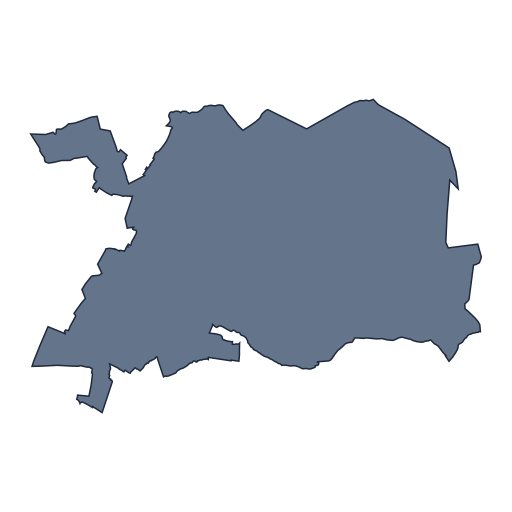 outline of Amecameca, México, Mexico
{"feature_id": "50627088B19477271407019", "entity_name": "Amecameca", "entity_type": "district", "adm_level": 2, "iso_a3": "MEX", "parent_name": "Mexico", "parent_adm1": "México", "projection": "orthographic", "projection_center": [-98.751, 19.12], "detail": "fine", "context": "isolated", "style": "filled", "palette": "slate", "viewbox_px": 512, "rotation_deg": 0, "n_neighbors": 0, "source": "geoboundaries", "source_scale": "gbopen_adm2", "svg_char_len": 6027}
<svg xmlns="http://www.w3.org/2000/svg" viewBox="0 0 512 512"><path d="M449.1,148.0L405.0,119.4L379.0,105.1L377.6,104.0L373.3,99.4L369.1,100.9L366.1,100.2L363.0,100.8L360.0,100.5L357.0,101.8L354.6,102.2L347.6,105.7L306.6,128.9L268.4,109.9L267.3,109.7L265.5,110.7L262.8,113.1L261.5,114.7L260.3,117.3L258.8,119.1L257.1,120.4L256.4,121.2L250.2,125.6L242.9,130.3L237.2,124.7L235.8,122.4L228.5,113.9L225.5,109.8L223.0,105.6L219.8,104.9L217.8,105.1L215.4,105.8L213.0,105.7L211.8,105.3L209.1,105.5L207.6,106.1L205.2,106.2L204.2,106.5L201.7,109.5L198.0,112.1L195.6,112.4L192.1,112.2L189.3,113.5L185.8,111.3L182.6,111.2L180.6,112.7L180.0,112.0L178.8,111.4L176.3,111.1L174.3,111.5L172.9,112.3L171.9,111.9L171.1,112.0L169.8,112.9L169.0,114.6L168.8,116.1L169.0,116.8L170.3,120.0L170.2,121.2L168.8,123.4L166.3,125.8L171.0,126.6L172.2,127.4L172.4,128.0L171.0,129.5L169.7,134.1L168.0,138.1L166.0,141.9L161.4,148.3L158.5,151.4L157.1,152.0L156.0,152.2L155.5,152.7L154.3,155.0L154.3,156.2L153.0,158.2L154.2,159.1L150.2,164.4L150.0,164.7L150.4,165.1L147.6,168.6L146.7,167.2L145.3,169.5L146.4,170.1L143.2,174.6L144.6,175.6L128.8,183.9L126.6,178.1L126.6,176.7L122.2,163.8L126.3,158.4L125.8,157.1L127.1,155.3L120.5,149.7L119.2,151.6L118.5,151.8L117.3,151.4L115.9,146.4L110.2,130.9L100.3,129.1L97.1,116.3L91.6,117.1L88.9,117.9L83.4,120.1L76.7,122.5L74.0,123.2L68.5,123.9L65.4,126.7L61.4,129.1L57.5,129.1L56.5,129.4L55.9,133.8L55.7,134.0L54.7,134.0L53.1,132.3L45.6,134.5L30.7,134.0L38.8,146.7L39.9,148.8L39.9,150.9L42.1,154.7L44.4,157.3L44.4,158.9L45.0,161.5L46.1,162.3L48.9,163.1L54.1,162.3L61.4,160.5L70.1,160.4L74.2,158.3L76.3,158.2L87.1,156.4L87.9,157.3L88.3,158.3L93.5,164.1L95.1,165.0L95.7,166.0L97.6,167.5L96.3,168.3L95.6,169.3L94.4,172.8L94.1,174.3L93.9,176.3L94.3,179.3L96.6,181.4L95.5,182.7L95.5,183.0L94.6,183.5L92.8,187.1L92.7,187.8L95.4,189.3L95.1,190.8L94.8,191.3L96.3,192.2L99.0,188.0L99.4,187.7L100.9,189.1L107.0,193.0L111.8,195.4L112.9,194.2L116.9,194.5L119.6,195.1L123.2,196.3L125.0,195.8L127.4,196.2L129.4,196.1L131.0,196.4L132.4,196.2L131.6,199.5L125.1,218.4L127.2,228.2L132.1,227.3L133.6,227.3L132.5,228.6L132.9,229.3L134.0,230.0L135.8,230.2L136.5,231.0L136.3,233.4L131.5,242.3L131.0,244.8L130.5,245.5L128.3,244.1L127.3,246.1L127.8,246.8L126.7,246.6L124.5,251.3L123.3,250.8L119.9,250.3L119.5,251.1L116.0,249.4L115.0,249.4L115.1,249.0L111.5,248.5L109.3,248.3L106.0,248.8L105.1,250.9L97.6,264.2L101.9,273.4L100.9,273.9L99.4,275.2L92.2,275.9L91.1,276.7L85.7,283.5L81.9,289.5L85.4,298.4L80.9,303.7L74.0,313.4L75.5,315.3L75.5,316.5L70.4,325.8L68.5,330.6L65.5,330.0L64.5,331.6L65.1,333.7L48.0,326.7L39.6,346.4L33.9,360.7L32.0,366.4L41.8,366.1L57.4,365.3L71.9,366.1L78.8,366.2L80.1,365.6L87.3,367.2L89.4,367.2L90.2,367.6L90.5,368.0L91.3,368.1L92.1,368.6L92.2,369.7L91.7,372.7L92.5,374.2L91.1,385.3L88.9,396.2L77.6,395.1L77.4,397.1L76.7,399.3L78.3,400.2L79.6,402.2L80.0,403.5L80.4,402.7L81.2,402.5L82.1,401.8L87.6,404.6L92.5,407.5L92.7,406.6L102.1,412.6L112.4,381.5L111.7,380.3L111.2,380.0L110.7,380.1L110.7,379.2L109.0,378.2L109.7,375.1L108.9,374.5L109.5,372.4L109.2,371.7L110.3,369.6L110.2,369.1L110.6,368.1L110.0,366.3L110.1,365.7L109.6,363.9L118.5,368.3L119.4,369.4L119.7,369.3L120.4,369.6L123.9,371.9L125.2,370.2L129.3,373.0L130.3,373.1L130.7,372.1L135.2,367.8L136.6,368.9L137.8,369.2L140.1,370.9L143.2,367.8L144.6,365.3L145.7,364.1L146.4,364.0L147.2,363.0L147.9,363.3L148.4,363.1L148.5,362.3L149.3,361.8L149.7,360.9L151.4,360.7L151.9,360.0L153.2,359.7L155.0,358.5L155.7,357.3L156.7,356.8L157.3,357.2L157.1,357.5L163.5,376.8L164.2,376.3L164.6,376.4L165.4,376.1L167.3,376.2L168.4,376.0L175.0,373.3L175.8,372.9L176.8,371.4L178.2,370.3L180.4,369.0L183.7,367.8L187.3,365.6L188.9,363.9L189.9,363.5L190.4,362.7L191.9,362.9L193.2,361.3L194.0,360.9L195.1,361.3L196.2,362.1L197.3,361.6L197.4,360.9L198.7,360.7L200.4,359.9L201.8,360.1L203.0,359.4L204.8,359.3L206.2,359.1L206.8,358.7L208.3,359.5L208.4,357.4L231.0,360.8L231.0,360.1L238.9,361.2L239.5,354.2L239.4,351.4L239.6,343.1L239.0,343.8L238.3,344.1L236.1,343.9L234.5,344.4L232.4,344.3L232.5,341.6L232.0,341.5L231.3,341.8L229.4,341.3L228.9,341.5L228.1,341.1L225.8,340.7L224.3,339.8L223.6,339.9L222.3,338.6L222.2,337.0L222.0,336.5L221.3,335.7L219.9,334.9L216.1,333.9L209.3,333.1L212.7,325.0L212.7,324.5L213.7,325.5L216.2,327.3L217.0,327.3L218.6,326.2L220.4,325.9L223.0,326.9L226.5,329.0L230.7,331.3L231.6,331.4L233.0,330.3L233.7,330.2L235.0,330.8L236.0,331.9L237.1,332.5L238.5,332.4L239.6,332.7L240.6,334.5L241.3,335.2L243.5,335.9L245.8,337.5L247.5,340.5L247.8,342.4L248.2,343.2L249.2,344.2L250.8,346.8L252.8,348.2L253.5,349.5L257.3,351.3L258.3,352.4L259.9,353.1L260.5,353.9L264.4,356.3L268.8,357.7L269.1,358.3L272.7,360.0L274.8,361.5L276.5,362.1L278.6,363.6L279.8,363.7L280.6,364.1L281.7,365.3L285.5,365.1L290.0,366.0L294.9,365.7L298.8,366.9L301.3,368.2L303.1,368.8L306.2,368.5L308.7,369.0L310.6,369.0L315.0,367.3L315.1,366.0L316.4,365.5L317.1,365.5L318.2,364.9L318.7,364.0L318.8,363.1L317.4,362.2L317.6,361.8L327.5,361.0L329.0,360.8L330.3,360.2L332.5,358.0L333.0,356.8L333.9,355.9L334.4,354.8L337.9,350.4L341.8,347.3L345.1,344.0L347.5,342.8L348.9,342.7L350.0,342.3L351.5,342.4L352.3,342.0L354.8,338.0L358.6,338.0L363.9,338.4L366.4,337.9L376.6,338.9L382.3,338.6L386.6,339.8L392.5,340.4L394.3,340.0L399.4,337.6L402.2,337.2L407.8,338.7L410.7,339.3L413.1,340.6L416.6,341.6L421.1,342.2L423.3,342.0L425.1,341.3L429.0,340.7L429.6,340.2L430.6,340.0L431.0,340.3L434.5,343.9L435.9,344.5L438.3,346.2L443.2,352.8L445.8,355.3L445.3,355.6L449.0,361.3L453.0,356.7L455.9,352.2L457.3,349.7L458.0,347.7L458.2,345.2L458.6,344.4L461.5,342.8L462.5,342.1L464.7,338.7L466.5,337.6L467.1,336.3L468.2,335.2L469.1,334.5L471.8,333.8L472.5,333.2L474.9,332.9L476.0,332.5L478.2,332.3L478.8,331.6L480.4,331.7L479.8,324.7L478.0,321.5L474.9,317.9L468.5,311.7L465.0,308.6L464.8,303.9L467.4,301.6L469.0,299.5L473.5,265.1L475.7,264.6L479.3,262.8L480.7,259.3L481.3,256.9L477.8,244.1L448.2,247.9L445.8,242.4L447.1,213.8L449.8,180.1L458.2,188.9L455.9,171.5L449.1,148.0Z" fill="#64748b" stroke="#1e293b" stroke-width="1.5"/></svg>